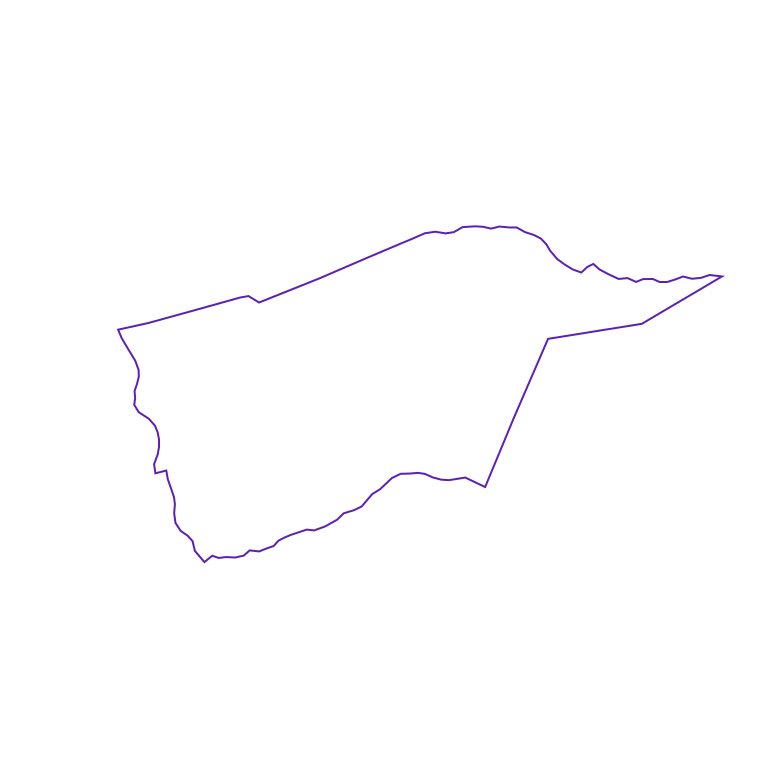 Passo de Camaragibe, Alagoas, Brazil, rotated 114°
{"feature_id": "56859067B78518130671602", "entity_name": "Passo de Camaragibe", "entity_type": "district", "adm_level": 2, "iso_a3": "BRA", "parent_name": "Brazil", "parent_adm1": "Alagoas", "projection": "natural_earth1", "projection_center": [-35.496, -9.247], "detail": "fine", "context": "isolated", "style": "outline", "palette": "violet", "viewbox_px": 768, "rotation_deg": 114, "n_neighbors": 0, "source": "geoboundaries", "source_scale": "gbopen_adm2", "svg_char_len": 1570}
<svg xmlns="http://www.w3.org/2000/svg" viewBox="0 0 768 768"><g transform="rotate(114 384 384)"><path d="M442.5,649.0L448.8,642.3L452.7,636.8L457.7,629.7L463.9,620.7L471.1,613.8L477.0,611.0L484.2,609.7L491.9,609.0L498.3,605.5L504.5,603.8L509.5,596.7L511.4,584.7L515.3,576.2L520.3,571.1L526.1,567.0L532.8,564.0L540.2,562.1L550.8,561.4L558.6,556.5L551.6,547.7L559.0,542.7L566.3,535.8L573.0,529.7L578.9,526.1L587.5,523.1L595.7,518.0L600.9,510.0L602.4,501.9L605.4,495.0L613.4,488.9L619.7,475.6L610.8,471.1L610.1,464.2L606.3,457.8L603.0,449.3L597.7,442.2L590.7,439.1L587.7,429.9L582.0,424.4L576.9,418.9L569.9,416.6L564.8,412.5L559.6,407.6L552.9,400.2L548.4,395.3L546.2,388.3L538.0,379.8L527.0,371.6L518.5,368.2L511.5,360.1L505.0,354.6L489.4,350.0L481.7,344.8L472.5,340.9L466.8,338.6L459.3,332.3L455.0,323.4L451.3,316.7L449.5,310.1L449.5,301.5L448.1,292.8L445.4,285.5L441.5,279.5L436.4,271.7L437.0,249.7L362.0,251.6L276.0,252.5L224.2,173.0L148.3,119.0L152.0,130.9L158.2,137.7L162.6,145.5L164.2,154.6L170.3,160.7L175.7,166.9L178.7,173.6L178.7,181.1L182.8,190.0L188.2,195.2L188.2,204.6L192.6,212.4L192.4,223.5L191.7,233.8L189.2,241.6L194.3,245.8L201.9,249.1L202.6,258.0L201.3,267.9L199.4,276.6L194.6,286.6L190.4,292.4L187.3,299.9L186.9,307.4L187.9,317.3L187.0,326.3L190.1,333.4L193.2,342.6L198.5,349.4L200.1,357.5L202.9,364.9L208.7,376.0L216.9,382.0L221.4,389.1L224.0,399.0L229.7,408.0L240.3,417.7L249.2,426.1L274.8,450.0L297.2,470.7L313.1,485.3L360.4,531.3L358.8,543.6L363.5,550.6L385.3,576.9L424.2,624.2L442.5,649.0Z" fill="none" stroke="#5b21b6" stroke-width="2"/></g></svg>